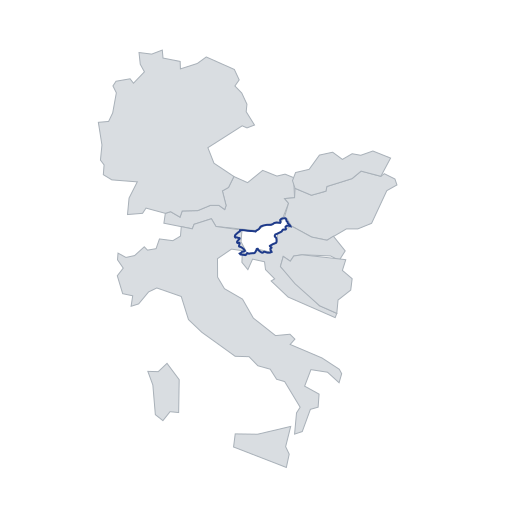 Slovenia and the surrounding countries, rotated 355°
{"feature_id": "SVN", "entity_name": "Slovenia", "entity_type": "country or territory", "adm_level": 0, "iso_a3": "SVN", "parent_name": "Europe", "parent_adm1": "", "projection": "equal_earth", "projection_center": [14.844, 46.146], "detail": "fine", "context": "with_neighbors", "style": "outline", "palette": "blue", "viewbox_px": 512, "rotation_deg": 355, "n_neighbors": 7, "source": "natural_earth", "source_scale": "50m", "svg_char_len": 5106}
<svg xmlns="http://www.w3.org/2000/svg" viewBox="0 0 512 512"><g transform="rotate(355 256 256)"><path d="M300.3,181.2L299.5,201.3L289.5,201.3L293.0,206.3L283.8,225.0L268.2,225.6L259.1,230.8L218.7,223.1L214.8,215.0L197.1,219.0L194.9,223.4L167.1,215.3L169.4,205.6L174.8,204.4L183.7,210.7L186.4,204.7L202.0,205.7L214.8,201.6L223.4,202.3L228.9,207.0L230.6,203.1L228.2,188.2L234.6,185.3L240.9,174.9L254.0,182.2L270.1,171.3L283.8,178.2L292.1,177.0L300.3,181.2Z" fill="#d9dde1" stroke="#a8b0b8" stroke-width="1"/><path d="M391.0,185.2L401.1,191.4L402.6,197.5L392.0,202.3L374.0,233.5L359.7,237.9L348.4,236.9L328.1,246.5L313.1,242.0L293.8,229.2L290.2,221.4L287.2,221.1L293.0,206.3L289.5,201.3L299.5,201.3L300.8,192.0L316.5,200.3L331.3,197.5L332.7,192.9L358.4,187.3L368.1,180.6L387.3,187.5L391.0,185.2Z" fill="#d9dde1" stroke="#a8b0b8" stroke-width="1"/><path d="M250.7,68.3L254.6,79.1L249.8,84.8L256.0,92.4L260.2,104.0L258.8,111.4L265.9,125.4L258.2,127.6L253.6,125.1L217.5,143.9L222.2,159.9L240.9,174.9L234.6,185.3L228.2,188.2L230.6,203.1L228.9,207.0L223.4,202.3L214.8,201.6L202.0,205.7L186.4,204.7L183.7,210.7L174.8,204.4L169.4,205.6L150.6,198.7L146.7,203.6L131.6,203.5L134.6,187.2L144.2,171.8L119.0,167.6L111.0,161.7L112.6,152.0L109.4,146.9L112.2,132.0L110.6,109.1L120.9,109.1L125.7,101.0L131.1,81.3L128.3,74.1L131.8,69.7L146.0,68.5L149.0,73.2L160.9,62.8L157.4,54.9L157.2,43.1L169.7,45.8L180.6,42.7L180.6,50.7L197.4,55.6L197.0,63.0L214.3,59.1L223.8,53.4L250.7,68.3Z" fill="#d9dde1" stroke="#a8b0b8" stroke-width="1"/><path d="M293.8,229.2L313.1,242.0L328.1,246.5L334.8,243.0L345.3,258.7L338.5,267.6L330.2,262.4L302.0,258.8L293.6,259.3L289.7,264.2L283.1,258.8L279.4,268.6L315.0,311.1L331.5,320.2L329.5,324.3L284.4,299.7L268.9,282.2L272.6,280.4L264.3,270.4L264.0,262.5L252.3,258.8L246.7,268.9L241.4,261.1L242.5,252.5L255.1,253.3L258.4,249.4L271.7,253.7L271.6,247.1L277.8,244.7L279.5,235.3L293.8,229.2Z" fill="#d9dde1" stroke="#a8b0b8" stroke-width="1"/><path d="M184.1,220.2L194.9,223.4L197.1,219.0L214.8,215.0L218.7,223.1L244.3,229.0L242.3,240.5L246.5,250.4L232.2,247.0L217.4,255.3L215.9,273.7L221.7,285.8L238.8,297.8L247.9,317.6L268.5,337.0L283.0,336.9L287.5,342.2L282.3,347.1L312.8,363.3L329.1,376.1L331.1,380.7L327.7,389.5L317.1,378.0L300.8,374.0L293.1,389.9L306.8,399.1L304.7,412.0L296.8,413.5L286.8,434.9L278.9,436.8L282.7,415.8L286.8,410.5L273.6,383.6L265.8,380.6L260.3,370.0L248.3,365.5L240.3,355.7L226.5,354.1L195.4,327.3L183.2,313.5L178.0,289.8L154.4,279.2L145.9,282.4L134.9,293.5L127.2,295.2L129.7,284.9L119.9,281.9L116.1,263.6L122.7,256.5L117.7,247.7L118.8,241.1L126.3,246.1L135.1,245.0L145.5,237.1L148.4,240.7L157.1,240.0L161.3,230.6L174.5,233.5L182.5,229.6L184.1,220.2ZM242.0,433.7L275.7,428.8L268.9,448.5L271.8,456.3L267.8,469.3L217.0,444.3L219.8,431.4L242.0,433.7ZM148.5,362.7L158.0,355.2L168.7,372.5L165.3,405.2L156.8,403.6L148.9,411.9L141.9,405.3L142.0,375.5L138.2,361.5L148.5,362.7Z" fill="#d9dde1" stroke="#a8b0b8" stroke-width="1"/><path d="M398.6,170.2L387.3,187.5L368.1,180.6L358.4,187.3L332.7,192.9L331.3,197.5L316.5,200.3L300.8,192.0L298.9,184.1L302.7,176.3L316.5,174.3L328.0,161.0L341.4,159.3L350.5,167.3L360.7,162.5L369.1,164.8L381.6,161.6L398.6,170.2Z" fill="#d9dde1" stroke="#a8b0b8" stroke-width="1"/><path d="M331.5,320.2L315.0,311.1L292.4,287.0L279.4,268.6L283.1,258.8L289.7,264.2L293.6,259.3L302.0,258.8L345.1,267.5L340.8,277.9L349.8,287.0L347.4,298.2L333.9,307.0L331.5,320.2Z" fill="#d9dde1" stroke="#a8b0b8" stroke-width="1"/><path d="M292.9,229.3L291.3,228.7L289.4,228.5L289.1,228.8L288.3,229.1L287.9,229.6L288.2,231.8L287.8,232.2L285.6,232.0L284.9,232.2L283.7,233.8L282.5,234.4L281.0,234.9L279.8,235.4L278.4,235.9L277.2,236.2L276.7,236.9L276.4,237.6L276.5,238.3L277.7,239.7L277.9,241.2L277.8,243.1L277.5,244.1L277.0,244.7L273.9,245.6L270.7,247.1L270.7,247.5L272.1,248.8L272.2,249.1L271.0,249.9L270.9,250.7L271.0,251.6L271.6,252.5L271.9,253.3L270.1,253.9L267.7,253.7L264.9,252.5L263.9,252.7L263.0,253.3L262.0,253.1L260.9,252.3L259.4,250.9L258.7,250.0L258.4,249.0L257.9,248.9L257.3,249.1L256.8,250.3L255.4,252.4L254.3,253.0L252.8,252.9L250.6,252.9L249.2,253.1L247.5,252.3L247.1,252.5L247.1,252.9L246.5,253.7L245.5,254.2L240.7,253.1L240.0,252.1L241.1,251.7L242.6,250.5L243.6,250.6L244.9,250.4L245.4,249.9L244.6,248.3L242.7,246.4L241.6,245.7L240.2,245.2L239.9,244.7L240.8,241.8L240.5,241.3L238.9,241.5L238.5,241.2L238.3,240.7L238.5,239.9L239.6,238.8L240.8,237.8L241.2,237.2L241.1,236.7L239.5,236.3L238.6,235.8L237.8,235.7L237.3,235.9L236.9,235.6L236.6,234.8L237.0,233.5L238.4,232.3L239.9,231.2L241.2,230.4L242.0,230.1L242.4,228.8L243.2,228.9L244.7,229.0L246.5,229.3L248.1,229.7L249.6,230.1L252.6,230.6L255.3,230.9L256.1,231.2L256.8,231.2L257.6,231.6L258.1,231.3L258.5,230.7L260.0,230.1L261.4,229.3L262.3,228.2L262.9,227.4L263.8,226.8L264.8,226.6L265.7,226.3L269.6,225.9L273.6,226.3L275.5,225.7L277.1,224.7L279.3,224.4L279.5,224.4L282.9,225.1L283.1,224.7L283.3,224.5L283.2,222.3L284.3,221.3L285.3,220.9L288.7,221.0L289.1,221.7L289.3,222.7L289.6,224.1L290.2,224.5L290.5,225.1L290.5,226.0L291.2,226.8L292.7,228.7L292.9,229.3Z" fill="none" stroke="#1e3a8a" stroke-width="2"/></g></svg>